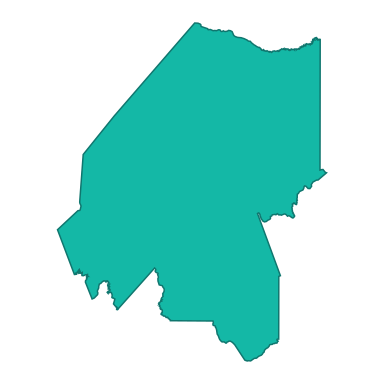 the district of Mitú, Vaupés, Colombia
{"feature_id": "7082276B74847859536954", "entity_name": "Mitú", "entity_type": "district", "adm_level": 2, "iso_a3": "COL", "parent_name": "Colombia", "parent_adm1": "Vaupés", "projection": "mercator", "projection_center": [-70.077, 0.972], "detail": "fine", "context": "isolated", "style": "filled", "palette": "teal", "viewbox_px": 384, "rotation_deg": 0, "n_neighbors": 0, "source": "geoboundaries", "source_scale": "gbopen_adm2", "svg_char_len": 5897}
<svg xmlns="http://www.w3.org/2000/svg" viewBox="0 0 384 384"><path d="M278.7,339.1L278.8,276.4L280.4,275.7L257.5,213.5L258.6,212.9L259.3,213.3L260.0,214.6L260.0,215.3L261.2,218.6L262.9,221.1L264.4,221.9L266.3,221.5L267.9,220.2L269.9,219.3L270.5,218.3L270.4,216.5L271.7,216.0L272.3,214.8L275.1,214.4L275.9,214.8L277.3,213.7L279.0,215.0L280.1,214.7L281.3,215.2L284.0,214.1L284.9,214.0L286.1,214.6L287.5,216.2L288.6,215.7L289.5,215.9L291.9,217.6L292.9,218.0L293.4,217.7L294.5,216.5L294.6,215.8L294.0,215.3L294.0,214.4L292.8,213.1L293.1,212.7L292.3,211.2L292.4,210.3L292.0,209.1L292.2,208.2L291.8,207.4L292.1,206.8L292.7,206.2L292.4,204.6L292.7,204.7L292.9,203.7L293.4,203.6L293.6,203.1L294.0,202.9L294.3,203.5L296.2,204.6L296.6,204.3L296.8,203.5L296.4,202.8L297.0,202.4L296.7,201.1L297.2,200.4L296.8,200.1L297.1,199.5L296.8,198.9L297.2,197.9L297.3,194.2L298.5,193.4L298.9,192.4L299.8,191.4L302.9,190.0L303.7,188.5L304.2,186.4L304.6,185.9L305.9,186.2L308.1,188.5L309.9,188.6L311.6,186.3L311.3,184.6L312.9,182.1L316.5,180.1L318.1,180.0L326.5,172.8L325.3,172.3L323.0,169.5L321.6,169.6L320.0,170.1L320.2,38.8L319.9,39.7L319.4,39.4L318.9,40.0L318.5,39.9L317.9,39.1L317.5,39.7L316.8,38.1L316.3,38.8L316.3,38.1L316.0,37.6L314.5,38.2L314.2,38.4L314.2,39.3L313.7,39.3L314.2,39.9L312.7,39.8L312.6,40.4L313.4,40.3L313.0,40.8L313.0,41.4L312.5,41.6L312.9,41.7L312.4,43.3L311.8,42.8L311.5,43.2L311.7,43.4L311.5,44.0L310.9,43.8L310.5,44.4L310.4,43.9L310.1,44.1L309.8,43.9L309.6,44.4L309.0,44.6L308.6,44.5L308.2,44.0L307.5,44.2L306.6,43.8L306.3,44.4L305.7,44.3L305.7,44.9L305.4,44.7L305.4,45.4L305.1,45.1L304.7,45.5L304.3,45.3L304.5,45.8L303.6,46.4L303.4,45.9L302.9,46.8L302.3,46.7L302.4,46.1L302.0,46.1L301.9,46.7L301.3,46.8L301.7,47.0L301.6,47.3L301.1,47.4L300.6,48.0L300.0,47.8L299.5,48.4L299.2,48.4L299.3,48.8L298.8,48.8L298.9,49.1L298.3,49.0L297.6,49.3L297.0,49.0L296.4,49.7L296.4,49.1L295.2,49.0L294.6,49.2L294.5,49.6L294.2,49.1L293.1,49.7L291.6,49.1L291.7,49.6L291.1,49.7L290.9,49.5L290.3,50.2L289.9,50.0L290.0,50.4L289.7,50.5L289.3,50.4L289.2,49.9L288.7,50.0L288.3,49.2L287.9,49.3L287.8,49.0L286.1,48.9L285.9,49.3L285.2,48.8L285.3,49.4L284.8,49.0L284.3,49.5L283.9,49.1L283.5,49.3L283.8,48.9L283.5,48.7L282.9,49.4L281.8,48.8L280.7,49.8L280.3,49.7L280.0,50.2L279.5,50.3L279.6,50.7L278.8,51.4L278.5,51.4L278.6,51.0L277.9,51.0L277.8,50.7L275.6,51.4L274.6,50.9L272.8,51.2L271.7,52.4L270.8,51.7L270.1,52.0L270.1,51.7L269.5,51.8L269.2,51.5L268.8,51.8L267.0,50.7L266.3,51.2L265.5,50.9L265.1,51.1L263.5,49.7L263.1,50.5L262.6,50.1L261.8,50.2L261.5,49.6L261.1,49.5L260.9,48.7L259.4,47.4L258.8,47.5L256.3,46.4L255.7,45.7L254.4,45.1L251.4,42.7L250.3,41.3L248.4,41.1L247.2,40.1L244.0,38.6L241.1,37.7L237.6,37.4L235.1,36.5L233.8,35.5L232.1,31.6L230.4,30.7L228.5,30.4L227.4,31.2L225.3,31.5L224.0,31.3L223.3,30.8L222.4,31.4L221.3,31.5L220.7,31.1L220.2,30.1L219.3,29.8L218.5,29.8L216.6,30.7L214.6,30.5L213.1,30.7L210.4,29.5L208.3,29.7L207.9,29.5L207.7,28.7L201.1,26.5L200.8,24.7L200.4,24.2L198.1,23.2L194.7,23.0L114.3,115.9L83.2,154.5L79.7,202.1L79.9,203.3L80.9,205.5L81.0,206.2L80.2,209.8L79.8,210.4L77.9,210.7L57.5,229.7L74.4,274.5L76.1,274.3L75.5,273.6L76.1,272.9L76.6,273.3L77.3,273.0L77.4,271.9L77.9,272.0L78.3,272.7L79.0,272.4L79.0,272.0L78.3,271.4L78.2,270.7L79.3,269.4L79.4,269.7L78.9,270.6L79.3,271.0L80.3,271.2L80.1,272.2L80.4,272.6L79.9,273.1L80.9,272.9L80.9,273.3L81.4,273.4L82.2,272.7L82.1,274.0L81.8,275.0L82.1,275.6L83.5,275.7L85.3,274.9L86.3,274.7L87.0,274.8L87.5,274.5L87.6,275.3L87.3,275.8L87.8,276.2L86.9,276.1L87.4,277.3L87.2,277.6L86.6,277.3L86.8,278.5L86.5,278.7L86.6,279.6L85.6,280.5L85.4,282.1L92.1,299.0L94.3,298.0L97.6,294.6L97.9,292.9L97.4,291.9L97.5,290.5L98.7,288.0L98.7,286.6L99.3,284.1L100.8,283.4L102.6,281.5L103.1,281.4L103.8,280.8L104.7,280.9L105.5,281.6L105.5,281.1L106.4,281.0L106.0,281.5L106.4,281.7L107.2,281.1L107.7,281.1L108.8,282.4L108.2,283.0L108.7,283.2L109.0,284.1L109.4,284.2L108.9,284.6L108.8,285.2L108.5,285.0L108.2,285.4L107.7,285.1L107.7,285.7L108.4,285.8L108.8,285.6L109.6,286.7L109.2,286.9L108.8,287.6L108.6,287.1L108.2,286.9L108.3,287.8L109.0,287.9L109.0,288.7L108.3,288.6L108.2,289.0L109.2,289.2L109.5,288.9L110.1,289.8L109.9,290.4L108.2,291.3L107.2,292.3L108.1,293.4L108.4,292.4L109.7,292.7L110.6,292.1L111.4,292.7L112.2,295.0L111.9,297.5L112.5,298.0L113.5,298.0L114.0,298.6L114.9,299.0L113.5,303.9L115.2,306.0L116.5,306.8L117.7,308.3L117.8,308.8L116.7,308.2L117.0,308.8L116.7,309.5L117.4,309.7L154.6,268.0L155.8,269.3L155.8,270.1L155.2,270.8L155.3,271.6L156.2,272.5L157.8,273.1L158.1,273.6L157.6,274.6L158.2,276.0L158.4,277.5L157.9,278.6L158.0,281.1L159.2,284.9L162.3,285.7L163.1,287.5L163.9,288.3L164.2,289.5L164.1,291.4L162.7,293.9L163.0,294.8L162.8,295.5L163.1,296.3L161.7,297.9L161.2,299.0L161.1,299.8L161.8,299.8L161.5,300.1L161.7,300.9L161.0,300.8L161.1,301.2L160.5,301.3L159.8,302.5L159.1,302.6L159.2,303.4L158.9,303.5L159.3,303.9L158.9,304.5L159.3,304.4L159.3,304.9L159.8,305.6L159.4,306.3L159.8,306.5L160.3,307.7L160.7,308.1L160.2,308.7L160.8,309.4L161.7,309.5L162.3,310.3L162.2,312.8L161.6,312.9L161.2,313.4L161.1,314.4L161.6,314.8L162.5,314.9L163.4,316.0L165.0,316.1L166.2,317.5L167.7,317.3L168.3,318.6L169.3,319.0L169.7,319.7L170.4,320.0L170.4,320.7L213.0,321.0L213.4,323.0L212.9,323.8L213.0,324.9L213.3,325.4L214.6,325.7L215.4,326.3L215.4,327.2L216.1,328.2L216.6,330.0L217.2,334.1L218.2,335.6L219.4,338.9L220.6,340.7L222.0,341.9L224.2,341.9L225.8,343.1L226.5,343.0L227.0,342.1L228.0,341.8L229.0,341.1L230.5,341.2L232.4,342.4L234.7,344.7L244.8,360.1L245.6,360.5L246.9,360.7L247.1,361.0L248.5,360.7L250.7,360.9L254.2,358.4L256.6,358.1L258.6,356.3L261.3,355.2L262.3,354.3L263.0,353.0L264.0,352.2L264.6,350.1L266.1,348.6L267.8,347.7L269.1,346.2L269.8,344.7L270.4,344.5L272.2,344.4L273.1,343.7L274.8,343.5L275.3,343.0L276.9,343.1L277.5,341.8L278.1,341.2L277.0,340.2L277.0,339.4L277.7,339.1L278.7,339.1Z" fill="#14b8a6" stroke="#0f766e" stroke-width="1.5"/></svg>